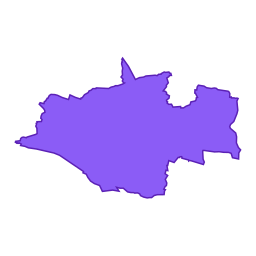 the district of Blanchardstown-Mulhuddart Lea-5, Fingal, Ireland
{"feature_id": "5873133B33785826163763", "entity_name": "Blanchardstown-Mulhuddart Lea-5", "entity_type": "district", "adm_level": 2, "iso_a3": "IRL", "parent_name": "Ireland", "parent_adm1": "Fingal", "projection": "robinson", "projection_center": [-6.344, 53.42], "detail": "fine", "context": "isolated", "style": "filled", "palette": "violet", "viewbox_px": 256, "rotation_deg": 0, "n_neighbors": 0, "source": "geoboundaries", "source_scale": "gbopen_adm2", "svg_char_len": 2727}
<svg xmlns="http://www.w3.org/2000/svg" viewBox="0 0 256 256"><path d="M20.6,145.5L25.1,146.4L28.3,147.8L36.5,149.0L53.9,153.0L59.6,155.3L64.5,158.6L83.5,171.5L83.0,172.8L86.3,174.2L87.9,177.5L90.6,181.1L94.4,183.6L99.6,185.5L102.4,191.4L112.7,190.1L119.0,191.2L116.6,187.3L120.1,188.2L123.3,188.2L127.6,191.9L131.0,192.6L133.6,192.6L134.7,193.1L137.5,192.9L139.7,193.9L140.5,195.6L143.7,197.1L147.2,197.9L149.5,197.6L151.6,197.6L154.2,195.5L157.2,194.7L164.1,194.6L164.5,191.0L165.4,189.7L163.8,189.2L165.2,186.4L166.4,185.6L166.8,183.0L165.3,179.3L167.7,175.5L165.1,173.7L166.0,170.2L167.8,170.6L166.9,165.5L167.7,165.5L168.8,160.6L174.1,162.5L178.2,157.4L179.6,157.5L179.9,156.8L181.4,156.6L181.9,157.0L181.9,158.2L188.6,160.0L188.7,160.9L189.2,160.5L190.9,160.7L203.4,164.5L204.3,162.1L203.1,159.2L202.7,151.8L202.9,150.5L203.9,150.4L214.6,151.9L219.1,151.7L223.6,152.3L228.6,152.4L231.1,153.3L232.5,157.7L238.6,159.0L238.8,152.9L240.6,149.9L238.4,147.5L236.4,142.9L236.6,136.8L235.7,133.0L230.4,128.4L229.7,126.7L230.5,124.5L233.8,121.5L236.9,113.8L237.8,110.2L236.9,101.1L238.1,98.5L237.0,98.1L235.6,98.3L234.2,97.9L231.4,97.9L231.3,97.0L229.7,97.2L229.8,93.5L228.7,91.5L228.0,91.2L217.9,89.7L216.2,88.3L214.3,88.0L211.3,88.5L206.5,87.7L204.0,86.1L198.4,85.2L197.2,86.9L196.7,90.0L195.0,89.8L194.8,93.1L195.5,93.4L197.5,97.4L196.3,97.8L196.1,99.8L195.0,101.0L190.9,101.9L190.0,104.7L186.1,106.2L183.5,107.9L180.8,107.9L180.6,106.5L173.0,107.1L171.5,104.2L168.7,104.3L167.1,103.0L167.6,101.9L166.7,101.3L166.5,100.2L169.0,98.2L169.4,95.8L166.4,94.1L166.7,93.1L165.7,91.5L163.2,90.9L166.5,86.7L166.3,85.3L168.3,82.8L166.8,78.0L168.9,76.6L169.5,75.5L171.4,75.4L170.8,73.3L169.7,73.2L168.9,72.0L165.6,72.4L164.2,72.0L161.2,73.6L161.1,74.2L158.6,74.3L157.2,75.6L155.2,75.2L145.9,76.0L143.5,77.1L139.5,77.6L135.4,79.5L128.4,66.3L122.6,58.1L121.9,59.2L122.9,59.6L122.1,60.8L122.3,62.0L121.9,62.0L121.6,63.9L122.7,68.1L122.2,71.2L122.5,75.0L121.0,77.0L123.1,79.2L122.3,81.0L123.5,82.7L124.4,83.0L122.5,84.1L117.9,85.7L115.3,85.7L114.2,86.4L111.1,87.1L108.7,88.5L96.2,87.9L95.9,88.6L92.9,88.6L90.9,90.3L89.1,90.9L88.2,92.6L84.5,94.7L82.3,97.7L81.0,98.0L80.7,99.1L75.4,97.4L70.0,94.9L68.5,99.5L62.2,97.5L57.5,95.3L54.8,94.6L51.0,94.4L49.3,95.5L47.8,98.4L47.2,98.3L45.4,101.2L44.4,101.5L43.9,103.6L40.1,102.7L39.2,104.2L43.6,108.6L44.7,110.4L44.9,112.3L42.2,113.6L41.1,116.1L40.8,118.3L42.0,119.5L41.4,121.5L37.0,121.7L37.2,122.6L36.2,123.3L36.5,124.5L35.8,126.1L36.9,128.3L37.1,133.6L35.7,134.4L26.9,137.1L26.4,137.7L23.4,137.1L22.0,137.4L20.7,138.5L20.2,140.7L15.6,141.3L15.4,142.3L16.3,142.5L16.5,143.1L17.3,142.8L17.6,143.3L18.9,143.3L19.1,142.9L21.3,144.1L20.6,145.5Z" fill="#8b5cf6" stroke="#5b21b6" stroke-width="1.5"/></svg>